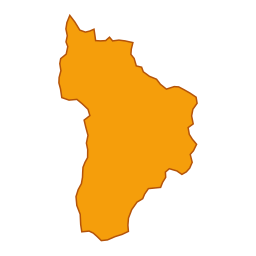 the district of Alumínio, São Paulo, Brazil
{"feature_id": "56859067B48087755422140", "entity_name": "Alumínio", "entity_type": "district", "adm_level": 2, "iso_a3": "BRA", "parent_name": "Brazil", "parent_adm1": "São Paulo", "projection": "orthographic", "projection_center": [-47.283, -23.532], "detail": "fine", "context": "isolated", "style": "filled", "palette": "amber", "viewbox_px": 256, "rotation_deg": 0, "n_neighbors": 0, "source": "geoboundaries", "source_scale": "gbopen_adm2", "svg_char_len": 1254}
<svg xmlns="http://www.w3.org/2000/svg" viewBox="0 0 256 256"><path d="M128.4,231.4L127.9,225.2L128.5,218.0L131.7,209.6L137.0,202.1L142.7,198.7L144.6,194.1L148.4,188.6L160.6,187.4L162.6,182.3L165.7,177.3L165.4,172.1L169.3,168.7L176.8,170.9L181.9,174.4L186.3,171.9L189.7,168.1L192.2,162.3L190.2,154.4L193.4,150.8L196.6,144.3L192.3,139.2L189.3,134.4L188.1,127.6L193.2,123.9L191.6,115.9L192.9,109.2L197.1,103.3L196.1,97.2L190.0,93.1L184.0,89.7L178.7,86.9L174.2,86.6L166.4,89.1L160.4,84.3L156.5,79.2L149.4,76.3L143.3,71.8L141.6,67.2L136.3,65.9L134.1,58.4L130.9,54.4L131.3,49.1L132.9,42.6L125.1,40.9L118.9,40.1L112.6,40.9L109.5,37.2L105.7,40.6L100.4,40.9L95.6,40.6L94.9,35.3L94.0,29.2L89.6,31.1L85.4,32.1L79.8,30.1L74.9,22.1L69.8,15.4L66.9,22.6L65.9,28.9L67.3,35.8L66.0,41.9L67.8,46.6L66.2,54.1L60.7,58.6L59.8,63.6L60.9,70.7L59.1,77.6L58.9,82.9L60.5,88.9L61.8,97.6L69.0,100.1L76.9,99.4L82.0,103.6L88.0,109.3L89.9,115.6L84.1,120.1L85.7,126.9L88.0,135.4L86.4,143.1L87.7,149.6L87.6,157.6L85.0,162.3L83.0,167.3L82.7,171.9L82.5,177.3L81.4,183.7L78.2,189.6L76.0,196.6L76.8,205.4L80.2,214.3L80.7,224.6L81.8,231.8L89.1,231.1L93.3,233.1L96.8,236.2L101.3,240.6L107.5,239.9L115.1,236.6L122.1,234.4L128.4,231.4Z" fill="#f59e0b" stroke="#b45309" stroke-width="1.5"/></svg>